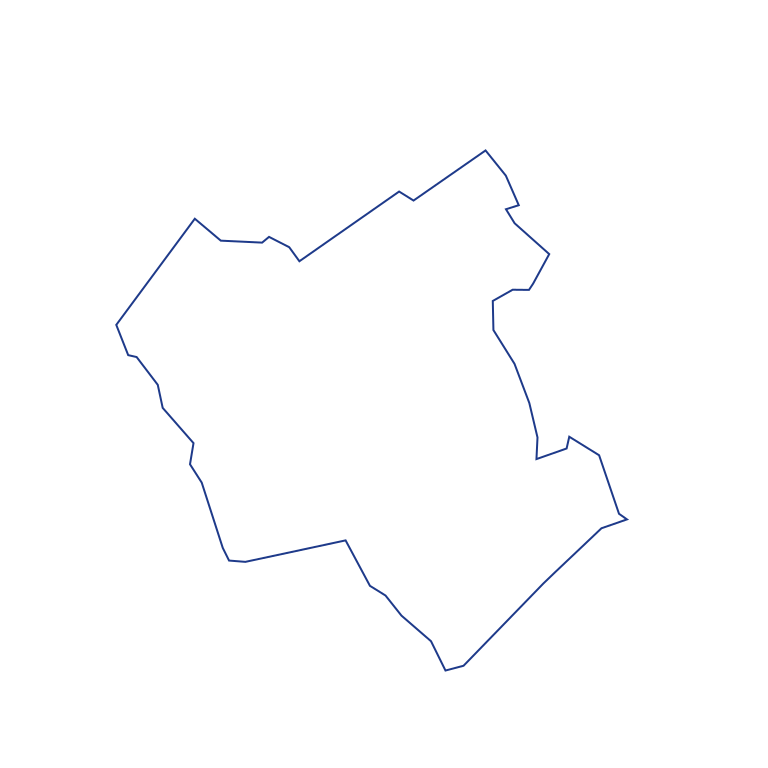 Botetourt, Virginia, United States of America (Albers equal-area conic projection), rotated 288°
{"feature_id": "52423323B68176065180378", "entity_name": "Botetourt", "entity_type": "district", "adm_level": 2, "iso_a3": "USA", "parent_name": "United States of America", "parent_adm1": "Virginia", "projection": "albers", "projection_center": [-79.803, 37.555], "detail": "fine", "context": "isolated", "style": "outline", "palette": "blue", "viewbox_px": 768, "rotation_deg": 288, "n_neighbors": 0, "source": "geoboundaries", "source_scale": "gbopen_adm2", "svg_char_len": 778}
<svg xmlns="http://www.w3.org/2000/svg" viewBox="0 0 768 768"><g transform="rotate(288 384 384)"><path d="M130.5,531.0L140.6,546.7L243.7,597.3L258.1,605.0L295.0,625.1L314.0,635.4L330.3,656.9L333.2,647.6L382.7,610.6L391.1,576.5L379.1,577.6L359.7,552.2L380.6,546.5L410.8,528.1L443.5,501.9L469.1,471.4L496.6,461.8L513.4,477.2L518.3,492.8L525.5,494.8L558.6,501.0L577.2,458.6L587.9,446.0L595.7,456.9L619.8,435.5L637.5,408.4L567.6,355.4L571.7,338.9L474.6,265.6L484.8,251.6L488.4,229.2L480.8,224.4L469.9,184.5L482.7,153.0L357.5,111.1L332.4,131.8L333.2,140.4L313.3,169.1L292.9,180.9L268.9,221.1L247.7,224.3L233.9,241.1L178.3,281.3L168.2,291.2L172.0,307.1L223.4,395.8L187.7,433.0L183.3,450.8L169.1,472.2L153.9,508.2L130.5,531.0Z" fill="none" stroke="#1e3a8a" stroke-width="2"/></g></svg>